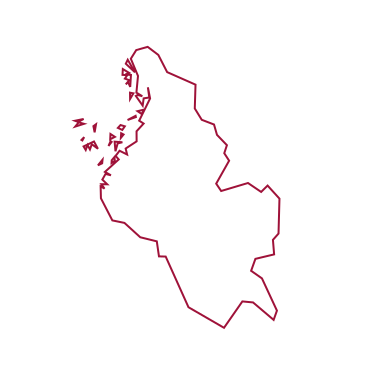 outline of Cam Pha, Quảng Ninh, Vietnam, rotated 122°
{"feature_id": "81297802B71504358310710", "entity_name": "Cam Pha", "entity_type": "district", "adm_level": 2, "iso_a3": "VNM", "parent_name": "Vietnam", "parent_adm1": "Quảng Ninh", "projection": "natural_earth1", "projection_center": [107.265, 21.066], "detail": "medium", "context": "isolated", "style": "outline", "palette": "rose", "viewbox_px": 384, "rotation_deg": 122, "n_neighbors": 0, "source": "geoboundaries", "source_scale": "gbopen_adm2", "svg_char_len": 1971}
<svg xmlns="http://www.w3.org/2000/svg" viewBox="0 0 384 384"><g transform="rotate(122 192 192)"><path d="M146.5,131.3L155.3,133.4L154.7,149.3L175.7,167.8L172.1,175.9L145.8,177.1L142.0,185.2L133.8,187.2L130.3,201.1L123.1,209.1L125.6,222.0L119.7,233.9L99.1,245.9L103.5,276.6L93.6,293.2L92.4,306.5L101.2,314.5L111.4,314.5L122.2,299.3L137.2,291.8L137.1,284.9L138.5,289.5L140.3,290.5L144.9,279.6L138.2,282.6L134.5,278.3L126.6,284.9L134.9,277.1L159.5,274.6L159.6,269.3L169.9,271.2L178.4,265.8L190.3,271.3L194.6,266.9L195.4,275.3L201.9,275.9L203.2,271.4L221.1,276.5L220.8,269.6L222.5,274.9L229.0,274.6L230.4,268.0L233.4,273.0L235.5,268.0L235.6,272.5L245.6,265.9L258.3,244.5L254.0,232.9L257.8,211.9L252.5,195.7L264.1,185.9L260.7,180.1L291.6,133.9L290.2,92.9L258.1,91.3L253.3,81.7L257.2,55.0L247.6,57.1L228.2,86.9L227.5,100.1L215.1,102.8L201.4,89.3L189.7,98.0L181.4,96.6L151.3,114.3L146.5,131.3ZM135.6,300.1L125.1,305.8L127.7,310.8L124.3,308.4L124.4,315.8L129.5,313.0L127.2,308.8L131.4,309.0L130.4,304.4L135.8,305.2L132.7,304.4L135.6,300.1ZM204.6,302.3L205.2,294.7L201.1,301.9L210.8,308.1L212.7,304.4L207.5,305.5L210.0,301.1L204.6,302.3ZM118.3,316.1L120.7,303.8L113.9,316.6L118.3,316.1ZM186.7,277.4L190.3,284.3L198.0,278.5L190.2,280.8L186.7,277.4ZM198.4,325.7L191.4,319.7L193.0,325.0L198.4,325.7ZM145.9,293.8L139.4,294.0L140.6,297.2L145.9,293.8ZM192.9,325.7L187.5,322.6L193.6,329.0L192.9,325.7ZM165.1,284.8L158.2,279.3L157.3,280.2L165.1,284.8ZM176.3,284.0L171.9,283.8L173.1,288.1L176.9,288.8L176.3,284.0ZM188.4,310.5L193.0,306.2L185.4,309.3L188.4,310.5ZM219.2,285.9L215.3,283.4L212.0,285.0L219.2,285.9ZM202.6,312.5L206.4,313.3L206.4,312.3L202.6,312.5ZM152.5,276.3L148.6,276.0L148.0,276.8L152.3,281.0L152.5,276.3ZM183.8,281.0L179.5,280.5L179.7,283.2L183.8,281.0ZM210.0,275.6L206.4,274.0L203.5,276.3L207.6,276.9L210.0,275.6ZM190.6,289.3L186.1,286.6L186.0,291.9L190.6,289.3ZM197.2,287.2L192.1,286.7L192.0,288.0L197.2,287.2Z" fill="none" stroke="#9f1239" stroke-width="2"/></g></svg>